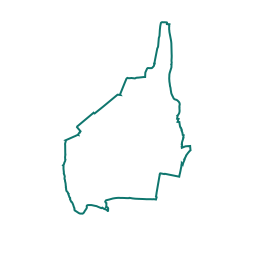 outline of Beek, Limburg, Netherlands, rotated 151°
{"feature_id": "6326949B12958717233979", "entity_name": "Beek", "entity_type": "district", "adm_level": 2, "iso_a3": "NLD", "parent_name": "Netherlands", "parent_adm1": "Limburg", "projection": "albers", "projection_center": [5.806, 50.927], "detail": "fine", "context": "isolated", "style": "outline", "palette": "teal", "viewbox_px": 256, "rotation_deg": 151, "n_neighbors": 0, "source": "geoboundaries", "source_scale": "gbopen_adm2", "svg_char_len": 5302}
<svg xmlns="http://www.w3.org/2000/svg" viewBox="0 0 256 256"><g transform="rotate(151 128 128)"><path d="M71.4,123.4L71.2,123.8L71.0,124.5L70.9,124.6L70.8,125.5L70.9,126.4L71.1,127.0L71.4,128.1L71.7,128.7L72.1,129.3L72.5,129.6L72.8,130.0L73.3,130.5L73.5,131.1L73.7,131.5L73.7,132.2L73.6,133.4L73.6,134.0L73.5,135.5L73.4,136.7L73.3,137.3L73.2,137.6L73.1,138.0L72.8,138.7L72.0,141.0L71.8,141.4L71.2,143.0L71.1,143.6L71.0,144.1L69.9,146.8L69.3,148.5L69.0,149.1L68.4,150.4L67.8,151.6L66.9,153.0L66.2,154.2L65.9,154.7L65.3,155.4L65.0,155.8L60.7,159.9L60.5,160.2L59.3,162.2L59.2,162.3L59.3,162.7L59.1,162.8L58.8,163.1L58.4,163.6L58.2,163.8L58.0,164.2L57.5,165.5L57.2,166.0L55.5,168.7L54.7,170.1L54.1,171.3L49.1,180.9L48.4,182.5L47.9,183.8L47.7,184.4L45.3,191.7L45.0,192.4L44.6,193.2L44.3,194.1L43.7,195.2L43.4,195.8L42.6,197.0L42.5,197.4L42.1,197.9L41.4,198.6L41.7,198.9L42.1,198.6L42.4,199.0L42.5,199.2L43.6,200.0L43.0,200.9L42.8,201.2L42.8,201.4L43.0,201.6L43.7,202.1L46.9,204.0L47.3,204.1L47.6,204.1L48.1,204.0L48.4,203.8L49.8,202.2L50.6,201.2L51.5,199.9L52.5,198.5L55.8,193.3L56.1,193.0L56.4,192.7L57.2,192.0L57.6,191.5L62.0,184.9L62.4,184.4L63.8,183.4L64.1,183.1L64.4,182.7L72.4,173.2L72.8,172.6L73.1,172.1L73.2,171.9L73.3,171.6L73.8,171.9L74.0,171.7L74.0,171.4L74.8,170.2L75.2,169.8L75.6,169.6L77.4,169.0L77.9,168.9L78.2,168.9L78.5,169.0L81.1,170.5L81.5,170.8L81.9,170.8L82.1,170.8L82.5,170.7L85.7,168.3L86.0,168.0L86.2,167.7L88.3,164.3L89.9,165.1L94.9,167.2L95.0,167.3L96.4,167.9L97.9,168.0L100.4,169.8L100.6,170.0L102.5,170.8L103.2,171.2L103.7,171.6L104.2,172.1L105.1,172.0L105.7,171.7L106.3,171.2L108.7,169.3L118.2,161.6L118.3,161.4L118.7,161.1L118.6,160.5L121.0,162.2L139.6,158.7L150.2,156.9L150.6,157.4L150.8,157.7L150.8,158.0L171.6,154.0L172.2,153.5L171.1,148.1L172.3,147.4L172.5,147.7L174.7,146.6L174.8,145.9L175.0,146.1L175.5,146.4L175.9,146.4L176.9,146.5L178.0,146.5L178.5,146.6L178.4,146.6L178.5,146.6L186.4,147.3L188.5,147.5L188.3,147.2L190.4,145.0L190.6,144.8L190.8,144.5L191.3,143.4L195.2,136.2L195.7,135.3L195.6,135.2L195.9,134.7L196.6,133.9L196.7,133.7L196.9,133.4L197.3,132.8L197.7,131.9L197.9,131.5L198.2,130.9L198.1,130.6L198.7,130.0L199.0,129.6L200.4,128.6L201.6,127.4L201.8,127.3L203.0,126.8L202.7,126.2L204.2,123.6L205.2,121.2L205.3,121.0L205.3,120.9L205.5,120.5L205.7,120.1L206.1,119.5L206.2,118.9L206.3,118.9L206.4,118.4L206.5,117.5L206.6,117.0L206.9,116.1L207.8,115.0L207.8,114.9L208.2,114.2L208.3,113.7L208.3,113.3L208.4,112.9L208.6,112.5L208.8,112.1L208.9,111.7L209.4,110.0L209.8,109.0L210.3,108.0L210.7,106.8L210.8,106.6L211.0,106.5L211.1,106.2L211.3,105.9L211.3,105.4L211.4,105.2L211.8,104.5L212.2,103.3L212.3,103.0L212.3,102.6L212.2,102.3L212.0,101.7L212.0,101.2L211.9,100.6L211.9,100.4L212.0,99.8L211.9,99.4L212.2,99.4L212.6,96.7L212.8,95.7L212.5,95.1L212.5,94.9L212.6,94.6L212.8,94.4L213.0,94.0L213.2,93.9L213.3,92.7L213.4,90.9L213.3,90.7L213.0,90.4L213.0,90.2L213.0,88.9L213.1,88.2L213.2,87.3L213.6,85.5L213.7,84.7L213.7,84.1L213.8,83.8L213.8,83.7L214.1,83.4L214.2,83.2L214.2,82.8L214.4,82.5L214.5,82.1L214.6,81.8L213.9,80.6L213.8,80.3L213.6,80.0L212.6,78.1L212.3,77.5L212.0,77.1L211.8,76.8L211.5,76.5L211.1,76.2L210.2,75.7L209.5,75.3L209.3,75.2L209.2,75.1L208.9,75.1L208.4,75.2L207.6,75.4L206.5,76.1L203.2,77.8L202.8,78.1L202.5,78.5L202.4,78.8L202.1,79.5L201.7,80.0L201.4,80.1L200.8,80.1L200.6,80.0L200.0,79.8L198.7,79.1L197.2,78.2L196.4,77.5L194.7,76.0L193.6,75.1L193.2,74.7L192.8,74.1L190.5,71.2L190.1,70.8L189.8,70.7L189.5,70.7L189.3,70.8L189.1,70.8L189.0,70.6L188.8,70.2L188.5,69.5L188.3,69.2L188.1,68.9L187.8,68.6L187.7,68.6L187.8,68.5L187.2,67.8L186.5,67.0L186.4,66.8L186.2,66.2L186.0,65.3L185.9,65.2L185.6,65.2L185.2,65.9L185.0,66.2L184.9,66.5L184.4,67.1L184.3,67.6L184.3,67.9L184.3,68.1L184.4,68.5L184.5,68.7L184.7,69.0L185.0,69.3L185.2,69.5L185.3,69.6L185.2,69.7L185.0,70.1L184.6,70.5L183.7,72.1L183.3,72.8L183.6,73.3L183.6,73.5L183.7,73.8L183.5,74.8L182.2,75.4L179.3,74.6L175.5,73.7L174.6,73.4L173.0,72.8L171.6,72.2L170.5,71.7L170.1,71.5L168.5,70.5L165.7,68.9L162.3,66.8L161.2,66.2L161.0,66.3L160.8,66.3L160.6,66.2L158.0,64.1L156.0,62.7L154.9,62.0L148.8,58.3L146.4,56.8L145.1,56.1L143.9,55.4L140.4,53.4L140.0,53.3L139.1,52.6L138.2,51.9L136.7,53.4L136.9,53.6L136.4,54.7L136.5,54.8L136.4,54.9L136.1,55.2L136.0,55.4L135.6,55.9L134.8,56.9L134.8,57.0L123.7,70.8L123.5,71.0L123.2,71.3L123.0,71.5L123.0,71.8L122.6,72.2L122.4,72.4L122.0,72.7L121.9,72.7L121.6,72.6L118.6,70.1L118.0,70.1L106.8,60.6L105.9,61.7L105.3,62.4L105.2,62.5L104.8,62.9L104.7,63.0L102.6,65.4L100.7,67.7L100.5,67.8L99.0,70.0L98.4,70.5L98.1,71.0L97.9,69.4L97.2,70.1L96.5,70.8L93.6,73.1L93.4,73.5L92.2,74.4L92.3,74.4L90.9,75.3L90.6,75.5L90.5,75.8L88.9,76.5L87.4,77.2L86.7,77.4L86.4,77.6L85.2,78.0L84.1,78.2L83.8,79.0L82.5,81.9L82.9,82.1L82.7,82.3L86.6,84.1L90.5,84.6L90.1,85.6L89.6,85.5L88.6,87.7L88.8,87.8L87.6,89.4L84.3,92.5L84.5,92.7L82.8,94.7L83.5,95.4L82.7,97.5L82.6,97.9L82.6,98.3L82.3,100.2L81.9,100.2L81.6,102.6L81.9,102.8L81.8,103.8L81.7,104.3L80.7,107.1L80.2,108.3L81.7,109.3L79.4,111.4L80.6,112.3L78.9,114.3L79.0,114.8L78.1,115.0L77.7,115.2L77.3,115.4L76.6,115.8L75.8,116.4L75.2,117.1L74.9,117.5L74.6,117.9L73.6,120.0L73.3,120.5L73.0,121.2L72.9,121.2L72.8,121.4L72.8,121.5L72.7,121.7L72.5,122.1L72.4,122.2L72.2,122.5L71.4,123.4Z" fill="none" stroke="#0f766e" stroke-width="2"/></g></svg>